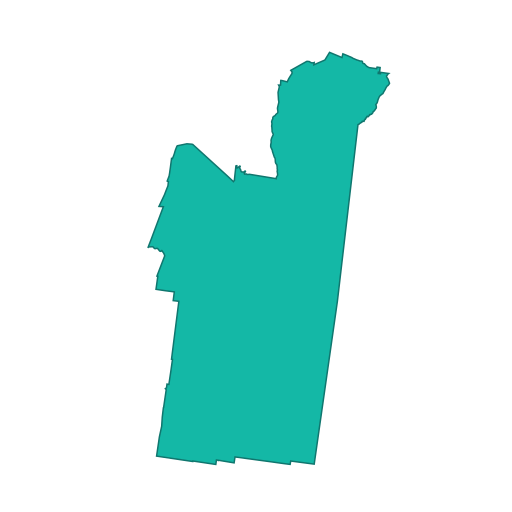 General Pedernera, San Luis, Argentina, rotated 8°
{"feature_id": "61730980B72595291642381", "entity_name": "General Pedernera", "entity_type": "district", "adm_level": 2, "iso_a3": "ARG", "parent_name": "Argentina", "parent_adm1": "San Luis", "projection": "equal_earth", "projection_center": [-65.599, -33.81], "detail": "fine", "context": "isolated", "style": "filled", "palette": "teal", "viewbox_px": 512, "rotation_deg": 8, "n_neighbors": 0, "source": "geoboundaries", "source_scale": "gbopen_adm2", "svg_char_len": 5599}
<svg xmlns="http://www.w3.org/2000/svg" viewBox="0 0 512 512"><g transform="rotate(8 256 256)"><path d="M342.6,454.0L342.9,289.5L338.7,111.7L338.8,111.6L339.0,111.5L339.2,111.4L339.4,111.3L339.7,111.0L339.9,110.9L340.0,110.7L340.3,110.3L340.6,110.0L340.8,109.9L341.0,109.7L341.2,109.4L341.7,109.2L341.9,109.1L342.2,108.6L342.3,108.4L342.3,108.1L342.6,108.1L342.9,108.1L343.0,107.8L343.0,107.7L343.6,107.6L344.2,107.6L344.2,107.3L344.3,107.1L344.4,106.8L344.4,106.4L344.5,106.3L344.7,105.9L344.8,105.7L345.2,105.6L345.3,105.5L345.2,105.3L345.2,104.7L345.6,104.4L345.6,104.0L345.8,103.9L346.2,103.6L346.2,103.3L346.2,102.8L346.3,102.7L346.5,102.5L346.6,102.2L346.9,102.1L347.0,102.1L347.3,102.5L347.6,102.5L347.8,102.3L348.3,101.6L348.6,101.1L348.9,100.8L348.9,100.7L348.8,100.3L348.8,100.2L349.0,100.1L349.3,100.2L349.8,100.0L350.0,99.8L350.3,99.4L350.5,99.3L350.8,99.4L351.1,98.9L351.1,98.7L351.4,98.5L351.6,98.2L351.8,97.7L351.9,96.8L352.5,96.3L352.6,96.1L352.8,96.0L353.4,94.9L353.5,94.8L353.5,94.5L353.7,94.3L353.9,93.8L354.2,93.3L354.4,93.1L354.4,92.8L354.5,92.2L354.4,91.6L354.3,91.1L354.2,90.7L353.6,89.5L353.6,89.2L354.0,88.7L354.3,88.2L354.7,87.1L354.8,86.6L354.9,85.9L354.9,85.4L355.0,85.0L355.1,84.1L355.3,83.4L355.5,82.7L355.6,82.0L355.9,81.3L356.2,80.6L356.6,79.9L357.0,79.6L357.5,79.0L358.1,78.4L358.5,77.9L358.9,77.7L359.2,77.2L359.6,75.9L359.8,75.3L360.1,74.7L360.7,73.3L361.0,72.3L361.2,71.8L361.3,71.3L361.6,70.7L361.9,70.1L362.3,69.3L362.6,69.1L363.0,68.8L364.0,67.0L364.2,66.4L363.5,65.0L363.2,64.6L363.1,64.3L362.8,63.8L362.6,63.3L362.0,62.3L360.9,61.1L360.4,60.4L360.2,59.4L360.9,58.5L361.3,57.5L361.8,57.0L362.0,56.8L353.9,56.8L353.9,58.2L351.6,58.3L351.6,56.9L352.8,56.8L352.7,52.1L349.6,52.1L349.4,53.7L341.7,53.7L340.7,53.4L340.2,53.0L339.9,52.9L339.6,52.9L339.4,52.9L339.2,52.7L338.2,51.9L336.9,50.8L336.5,50.5L336.1,50.5L335.5,50.4L335.2,50.3L334.9,50.1L334.7,49.9L334.3,48.6L334.1,48.4L333.2,48.3L332.8,48.3L332.2,48.5L329.8,48.0L328.5,47.8L324.1,46.6L323.5,46.2L321.4,45.6L320.4,45.4L319.9,45.2L316.8,44.4L313.9,43.7L313.5,47.5L300.5,44.1L297.3,51.5L297.0,52.2L296.7,52.5L286.7,58.6L286.7,56.3L286.1,56.6L285.5,56.8L284.4,56.9L284.1,56.9L283.5,56.8L282.0,56.2L281.7,56.0L281.3,56.0L279.5,56.1L279.0,56.3L278.5,56.7L264.6,67.3L266.1,68.7L266.2,70.4L265.2,72.5L263.7,75.9L262.7,79.2L257.0,78.6L256.1,78.7L256.5,83.4L254.6,83.6L255.1,84.3L255.2,84.5L255.4,84.9L255.5,85.3L255.5,85.8L255.1,90.4L255.1,91.2L255.2,91.6L256.5,98.1L256.6,98.5L257.1,99.9L257.2,100.4L257.2,100.8L256.7,105.8L256.7,106.4L256.7,106.8L256.8,107.2L257.6,110.1L257.6,110.6L257.6,111.0L257.4,111.5L257.2,111.7L256.2,112.8L255.9,113.1L255.7,113.6L255.5,114.1L255.3,114.3L254.9,114.7L253.9,115.4L253.8,115.6L253.6,115.9L253.5,116.2L253.4,116.6L253.4,116.8L253.5,117.5L253.5,117.9L253.4,118.3L253.2,118.7L253.1,119.0L252.8,120.6L252.8,120.9L252.9,121.3L253.3,122.4L253.4,122.9L253.4,123.3L253.4,123.8L253.4,125.1L253.4,125.3L253.5,125.5L253.7,126.0L253.8,126.3L254.5,129.8L254.5,130.0L254.6,130.4L254.7,130.7L256.0,132.8L256.1,133.0L256.2,133.4L256.1,133.8L256.0,134.0L255.1,137.0L255.0,137.5L254.8,139.1L254.8,139.4L254.9,139.7L255.1,140.8L255.2,141.1L255.1,144.0L255.2,144.7L255.3,145.5L255.5,146.0L255.7,146.4L257.4,149.0L257.5,149.4L257.7,149.9L257.8,150.3L260.4,155.6L260.6,155.8L261.2,156.5L261.4,156.9L261.5,157.3L262.1,160.2L262.2,160.5L262.4,160.9L262.6,161.3L262.8,161.6L263.0,161.8L263.4,162.2L263.7,162.4L264.0,162.9L264.6,165.0L264.7,165.6L264.8,166.3L264.8,166.6L264.9,167.0L265.2,167.5L265.3,168.0L265.1,168.9L265.2,169.2L265.2,169.4L265.3,169.8L265.5,170.1L265.6,170.5L266.1,172.4L266.1,172.7L266.1,173.1L266.0,173.5L265.9,173.7L265.7,174.1L265.5,174.5L265.3,175.1L265.2,175.8L265.1,176.2L265.2,176.6L238.2,176.0L237.1,176.3L235.6,176.5L235.4,176.3L235.2,176.2L234.9,176.1L234.7,176.1L233.5,176.6L233.3,176.5L233.1,176.3L233.0,176.0L232.9,175.7L233.0,175.5L233.0,175.3L233.6,174.2L233.8,173.9L233.8,173.7L233.7,173.5L233.6,173.4L233.4,173.4L233.1,173.5L232.5,174.3L232.3,174.5L232.0,174.6L230.1,174.7L229.8,174.6L229.5,174.4L229.4,174.2L228.7,172.6L228.6,172.4L228.4,172.2L227.6,171.4L227.5,171.2L227.4,171.0L227.4,170.8L227.7,170.2L227.9,169.7L227.7,169.3L227.6,169.2L227.4,169.2L227.3,169.3L226.7,169.9L226.4,170.4L226.3,170.6L226.0,170.7L225.7,170.8L225.4,171.1L225.1,171.5L224.8,171.5L224.6,171.4L224.4,171.1L224.6,169.4L224.4,169.2L223.9,169.4L223.5,169.7L223.6,170.0L223.6,170.6L224.0,183.6L224.2,183.8L223.3,185.5L215.9,180.3L198.6,168.5L178.1,154.5L178.0,154.4L177.5,154.3L177.1,154.2L172.0,154.5L171.7,154.6L163.0,157.7L162.7,157.8L162.3,158.7L161.5,162.0L161.1,164.4L160.9,166.0L160.5,168.0L159.7,171.2L158.8,171.1L158.9,180.6L158.9,186.1L158.8,189.4L158.7,189.4L157.6,194.2L157.7,194.3L158.9,194.5L159.0,197.7L159.0,199.0L157.7,204.3L156.9,207.9L153.0,220.4L157.4,220.1L150.0,253.5L147.8,263.0L148.4,262.0L149.3,261.8L151.9,261.3L152.6,261.3L153.3,261.7L154.0,262.4L154.5,262.7L155.1,262.8L155.7,262.6L156.4,262.3L156.9,262.2L157.3,262.2L157.8,262.5L159.8,264.4L160.2,264.6L160.5,264.7L161.1,264.6L161.5,264.3L161.8,263.9L161.9,263.7L162.0,263.7L164.4,266.3L165.6,268.5L160.7,289.7L161.6,289.7L161.6,302.9L170.8,303.0L180.1,302.9L180.2,311.7L185.9,311.6L186.4,348.2L186.7,370.0L187.7,370.0L187.7,382.5L187.6,395.3L185.7,395.2L185.7,399.0L184.7,400.0L185.7,400.8L185.6,418.9L185.4,419.1L185.6,428.6L186.3,437.7L185.5,448.5L185.4,468.0L222.0,468.3L222.0,467.8L245.2,468.0L245.2,463.5L246.8,463.5L247.1,463.8L247.4,463.7L247.5,463.5L263.1,463.9L263.2,457.9L301.0,457.7L312.2,457.7L318.8,457.6L318.9,454.2L342.6,454.0Z" fill="#14b8a6" stroke="#0f766e" stroke-width="1.5"/></g></svg>